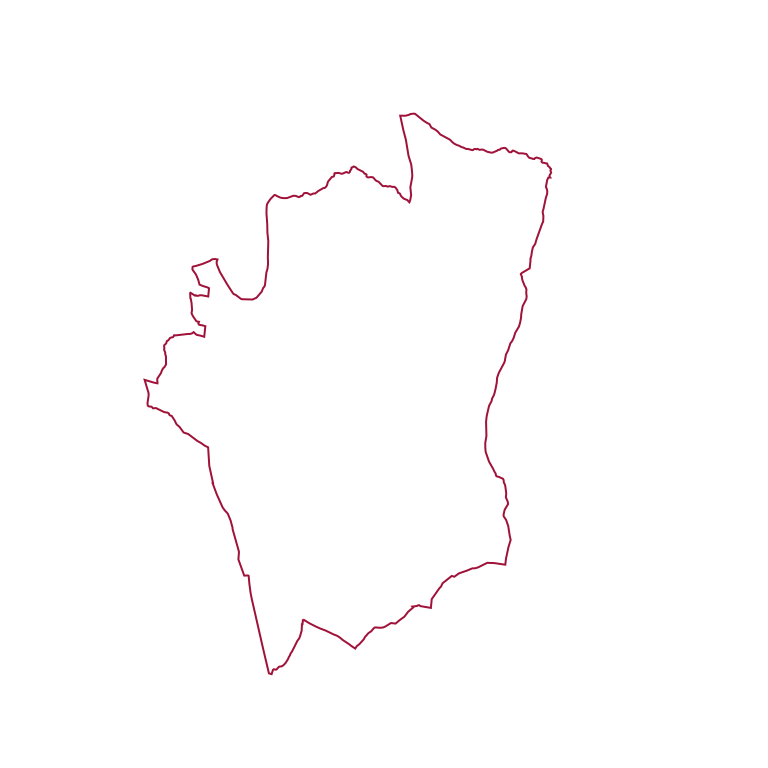 Firavitoba, Boyacá, Colombia, rotated 145°
{"feature_id": "7082276B66462160006857", "entity_name": "Firavitoba", "entity_type": "district", "adm_level": 2, "iso_a3": "COL", "parent_name": "Colombia", "parent_adm1": "Boyacá", "projection": "equal_earth", "projection_center": [-73.017, 5.676], "detail": "fine", "context": "isolated", "style": "outline", "palette": "rose", "viewbox_px": 768, "rotation_deg": 145, "n_neighbors": 0, "source": "geoboundaries", "source_scale": "gbopen_adm2", "svg_char_len": 6142}
<svg xmlns="http://www.w3.org/2000/svg" viewBox="0 0 768 768"><g transform="rotate(145 384 384)"><path d="M644.2,212.9L642.5,210.8L638.9,213.5L638.3,213.6L637.8,213.5L636.8,212.3L635.9,211.8L632.5,212.6L631.6,212.4L629.7,211.4L627.9,211.3L624.7,211.9L620.0,213.9L618.9,214.8L616.8,215.6L615.2,216.8L612.8,217.6L602.1,223.4L599.5,224.2L597.6,225.4L592.9,229.2L589.0,234.3L588.5,234.0L586.0,237.0L585.2,236.2L584.8,236.5L582.5,231.1L579.1,224.7L576.5,220.3L573.1,215.3L568.6,207.2L567.0,205.0L565.6,201.7L564.6,197.9L561.8,190.8L561.1,188.4L559.3,183.8L556.5,184.9L553.4,185.0L546.9,186.5L544.1,187.9L542.7,188.0L541.8,188.4L539.5,188.9L536.3,188.8L532.0,189.9L530.9,189.7L527.1,186.6L524.7,185.2L522.4,184.6L515.4,184.2L511.9,181.1L506.7,181.6L500.8,181.7L494.8,183.6L488.3,184.2L488.4,185.4L484.2,183.2L483.1,183.2L482.1,182.7L481.6,181.2L474.0,173.7L468.3,180.4L455.6,185.0L453.6,185.3L450.3,187.2L438.6,187.9L436.9,185.8L431.3,185.9L423.6,183.7L417.3,182.3L415.1,180.8L412.0,179.8L402.0,178.3L396.2,173.9L388.3,166.4L384.3,170.9L375.6,179.0L369.7,183.6L367.8,188.1L363.7,196.4L361.9,202.8L361.9,206.6L361.3,208.1L358.1,211.1L357.0,211.9L351.2,214.5L350.1,216.8L349.2,221.2L346.6,224.3L343.2,230.8L342.6,232.5L342.3,234.7L341.1,236.7L340.9,238.1L343.3,242.2L344.5,243.5L344.8,244.6L343.9,246.7L343.8,249.0L343.3,251.6L342.5,260.1L339.7,270.0L337.7,273.5L334.9,277.6L329.9,282.7L322.0,294.6L318.1,299.0L310.4,305.9L305.7,308.3L303.6,310.2L300.6,311.7L298.6,313.2L295.0,316.4L290.9,320.4L287.7,324.3L283.5,327.3L273.1,332.6L271.8,333.6L267.2,338.2L263.0,340.4L257.2,344.8L254.6,345.6L251.2,347.5L247.1,350.7L240.4,353.7L237.1,356.4L233.9,359.5L231.5,362.5L225.7,368.3L218.8,371.9L217.0,373.8L215.2,377.1L213.0,379.9L212.5,382.0L212.5,383.5L211.3,388.8L210.5,391.1L209.5,392.8L208.9,395.6L207.6,395.9L198.3,395.2L193.0,401.3L192.3,402.6L191.2,403.3L189.4,404.9L187.1,407.4L183.7,410.5L179.7,412.1L176.0,415.1L163.0,424.3L160.4,425.8L157.0,430.3L155.7,433.3L155.0,434.3L153.2,435.7L144.6,443.7L141.4,446.1L139.7,448.2L138.7,450.6L138.4,452.5L133.3,457.5L131.0,458.8L129.4,457.8L129.4,459.0L129.1,459.5L128.4,460.1L125.9,461.2L125.1,463.6L124.0,464.1L123.8,464.5L124.1,465.5L124.0,466.6L124.6,468.6L123.9,471.0L124.1,471.4L124.9,471.9L125.8,473.2L126.9,474.0L127.2,474.5L127.5,475.3L127.4,475.9L126.2,476.9L126.1,477.5L126.2,478.2L128.5,481.3L129.3,482.1L131.2,482.4L131.8,482.1L133.2,483.3L133.6,484.1L135.0,485.6L135.4,486.5L135.5,488.3L135.4,490.7L138.6,493.8L141.3,495.6L143.3,499.6L144.5,501.3L145.2,501.4L145.9,501.0L146.9,500.9L148.0,501.7L148.5,502.6L148.9,506.8L149.5,508.0L150.4,508.6L152.6,509.6L153.6,509.8L154.8,509.5L156.4,510.4L157.5,510.2L162.1,511.2L163.6,512.1L166.2,515.0L168.4,519.1L169.9,520.3L171.3,520.9L172.6,523.0L173.6,523.2L174.5,524.3L175.3,524.7L176.9,524.6L177.6,525.0L180.5,528.5L181.8,529.3L183.6,532.5L184.4,533.3L186.0,536.4L187.0,537.6L188.4,540.1L189.2,542.5L189.8,546.2L194.8,556.2L195.1,559.8L196.1,562.9L198.1,566.9L197.7,570.8L199.2,573.6L200.6,577.1L203.6,587.5L204.7,588.5L207.8,590.1L208.9,590.1L212.5,591.4L216.8,594.5L222.6,580.7L226.0,571.5L233.0,556.9L235.8,548.2L238.3,543.5L241.0,538.9L242.5,537.0L249.6,530.0L253.4,523.2L257.4,519.3L259.0,518.3L259.2,519.1L259.3,521.2L261.3,524.1L262.1,527.0L262.2,528.4L261.8,530.6L262.0,531.5L262.8,532.6L261.9,535.2L261.9,537.9L262.1,538.8L262.6,539.8L264.1,540.6L265.4,542.4L266.0,542.9L267.7,543.5L268.9,545.2L270.8,546.2L271.4,546.9L271.7,547.7L272.4,552.7L273.5,554.4L274.0,555.5L274.4,559.4L275.8,560.9L278.2,562.1L279.0,562.9L279.3,564.1L278.2,565.6L278.3,566.1L279.3,567.6L279.4,569.8L282.4,575.3L282.9,577.9L284.1,579.6L285.8,579.6L286.3,579.9L286.8,579.7L287.7,578.6L289.4,578.2L290.4,577.2L291.5,577.1L292.1,577.5L293.0,579.0L293.7,579.4L297.3,580.1L298.1,580.5L300.2,583.0L303.5,585.0L304.1,584.7L304.5,584.0L305.9,582.9L306.5,582.9L307.9,583.5L313.1,582.1L314.1,581.7L316.3,579.8L317.9,578.9L320.1,578.6L321.4,579.3L327.1,579.8L331.0,579.5L332.4,580.5L335.7,581.2L337.3,584.4L339.0,585.7L340.1,586.1L342.9,585.1L343.5,585.2L344.4,585.8L345.6,585.6L346.4,585.8L347.0,586.5L348.4,588.7L350.3,590.2L356.7,591.9L358.6,593.1L360.8,594.8L362.1,596.3L363.9,599.4L364.3,600.5L365.1,601.5L365.8,601.6L371.1,600.6L375.9,598.8L377.3,597.8L379.4,595.3L382.4,591.2L387.9,582.0L392.6,575.0L396.9,567.3L407.3,553.3L408.0,551.9L410.4,548.5L413.8,544.8L416.3,542.9L424.6,533.5L425.7,532.6L428.2,531.8L431.2,529.8L439.0,527.8L443.2,528.6L451.7,534.9L452.4,535.9L454.3,541.9L455.5,543.8L455.7,544.8L455.3,555.7L454.2,569.7L452.6,576.9L452.1,578.4L450.9,580.2L449.0,581.5L450.6,583.2L453.2,584.7L456.0,584.7L463.6,586.4L469.8,588.4L472.9,589.7L473.6,589.7L475.1,588.0L475.3,586.6L475.2,582.1L475.4,580.6L476.4,576.0L478.1,571.2L476.4,568.5L473.1,564.2L472.4,562.8L477.8,556.5L482.6,561.4L484.1,562.4L485.3,562.7L486.4,563.3L487.0,564.0L487.3,564.7L488.1,564.7L489.8,568.9L490.3,569.8L490.6,569.7L493.5,565.2L493.4,564.6L495.1,560.9L498.7,554.8L501.1,552.3L501.6,549.2L501.7,543.3L501.2,542.3L499.9,541.1L501.4,540.0L501.5,538.9L501.4,538.5L498.5,535.5L497.2,533.8L504.2,525.8L506.5,528.8L509.1,531.5L509.5,532.4L510.2,535.7L512.4,535.6L514.0,536.2L516.0,537.5L527.3,543.6L527.8,544.3L529.9,543.4L532.1,544.3L533.0,544.4L535.6,543.5L537.3,543.7L539.1,542.2L541.8,541.8L542.4,541.2L543.5,539.1L544.4,538.4L545.2,535.2L546.2,533.7L546.7,531.8L551.3,525.1L553.8,523.9L556.1,523.5L558.1,522.5L560.6,520.8L566.5,518.5L567.2,517.8L568.9,514.8L569.2,514.5L571.6,517.0L577.7,524.7L582.1,511.5L583.5,509.5L588.6,504.1L589.7,502.3L589.9,501.6L589.4,500.4L587.5,498.8L587.3,498.0L587.2,496.6L584.6,495.1L580.6,487.8L579.6,486.4L577.9,484.9L577.4,484.0L577.1,483.2L577.5,481.9L577.4,481.2L576.2,479.6L576.4,474.3L577.0,470.5L576.9,469.2L576.1,466.1L576.0,459.9L575.8,458.9L573.1,455.4L569.6,444.5L567.6,440.3L566.3,436.5L564.4,433.0L574.1,417.1L580.9,400.8L581.3,401.0L584.3,389.5L587.0,375.4L586.9,371.5L586.4,368.4L586.4,367.1L588.0,360.0L590.0,354.6L590.3,353.5L591.3,351.9L598.9,330.1L599.7,328.9L603.9,323.8L608.4,307.2L605.1,305.1L604.9,304.5L608.8,297.7L613.2,289.2L615.3,284.5L634.5,237.4L644.1,213.3L644.2,212.9Z" fill="none" stroke="#9f1239" stroke-width="2"/></g></svg>